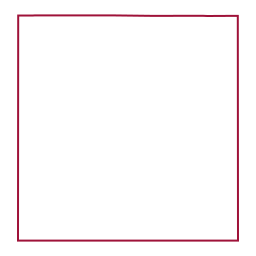 outline of Sherman, Texas, United States of America
{"feature_id": "52423323B51722927782830", "entity_name": "Sherman", "entity_type": "district", "adm_level": 2, "iso_a3": "USA", "parent_name": "United States of America", "parent_adm1": "Texas", "projection": "mercator", "projection_center": [-101.861, 36.278], "detail": "fine", "context": "isolated", "style": "outline", "palette": "rose", "viewbox_px": 256, "rotation_deg": 0, "n_neighbors": 0, "source": "geoboundaries", "source_scale": "gbopen_adm2", "svg_char_len": 333}
<svg xmlns="http://www.w3.org/2000/svg" viewBox="0 0 256 256"><path d="M18.0,240.6L238.0,240.6L237.8,15.9L227.2,15.9L225.7,15.9L207.3,16.0L203.0,15.8L174.4,15.8L173.9,15.8L173.4,15.8L172.8,15.9L170.9,15.9L155.2,15.9L112.9,15.4L71.3,15.4L34.7,15.4L33.3,15.5L18.2,15.5L18.0,240.6Z" fill="none" stroke="#9f1239" stroke-width="2"/></svg>